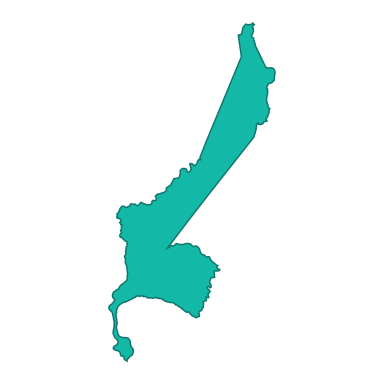 the district of Sambaíba, Maranhão, Brazil
{"feature_id": "56859067B71458423311280", "entity_name": "Sambaíba", "entity_type": "district", "adm_level": 2, "iso_a3": "BRA", "parent_name": "Brazil", "parent_adm1": "Maranhão", "projection": "orthographic", "projection_center": [-45.606, -7.398], "detail": "fine", "context": "isolated", "style": "filled", "palette": "teal", "viewbox_px": 384, "rotation_deg": 0, "n_neighbors": 0, "source": "geoboundaries", "source_scale": "gbopen_adm2", "svg_char_len": 6067}
<svg xmlns="http://www.w3.org/2000/svg" viewBox="0 0 384 384"><path d="M127.1,361.0L127.0,360.1L127.7,359.0L130.2,356.4L131.9,355.2L133.0,353.2L133.3,352.0L133.3,350.3L133.1,349.5L132.7,348.6L131.4,346.9L130.8,345.7L130.2,341.6L129.8,340.5L129.4,339.7L127.8,337.9L125.2,337.6L122.8,337.5L120.3,336.9L119.2,336.1L118.0,334.3L117.7,332.1L117.1,330.9L116.4,327.4L116.5,325.8L117.0,324.8L117.0,323.7L117.3,322.6L116.9,321.6L116.5,320.2L116.7,319.1L116.0,316.7L116.0,315.1L116.0,313.4L116.6,312.5L116.5,311.6L116.5,310.6L116.7,309.8L117.3,308.2L118.2,306.0L118.9,305.6L119.6,304.6L121.0,303.9L121.7,303.3L124.1,302.1L125.3,302.2L126.1,301.5L128.2,300.8L129.2,300.1L130.4,299.5L131.4,299.5L132.2,298.6L133.2,298.1L134.6,297.5L135.6,297.1L135.6,296.3L136.8,296.2L137.7,296.2L138.9,295.8L139.6,296.5L140.3,296.2L142.3,295.5L143.1,296.6L144.5,296.3L145.4,296.5L146.8,297.5L147.8,297.9L150.2,297.9L153.0,298.2L154.3,297.8L156.3,297.5L157.4,298.2L159.8,298.5L160.9,298.3L161.6,299.1L162.8,299.5L164.8,301.0L165.7,301.1L166.8,301.8L168.0,302.0L169.4,302.1L170.9,302.7L171.8,302.4L174.1,303.1L174.9,304.1L175.9,305.0L176.9,305.1L178.0,305.8L178.7,306.6L179.5,306.8L180.4,307.6L181.6,308.2L182.0,309.0L183.5,309.9L184.2,310.6L185.1,311.3L186.0,311.9L187.2,312.3L188.3,311.9L189.7,312.7L190.0,313.8L191.3,314.6L192.0,315.8L193.3,316.1L194.3,316.6L195.0,317.3L196.2,317.7L197.9,316.8L199.3,316.5L199.5,314.6L199.0,313.6L198.9,312.1L199.6,311.3L201.6,310.5L202.0,309.1L203.1,307.5L203.4,306.5L203.4,305.0L203.6,304.0L203.2,301.5L206.2,300.7L206.5,299.7L205.8,297.7L206.2,296.9L207.1,297.5L208.1,297.8L208.9,297.1L208.2,295.6L208.0,294.8L208.3,293.9L210.2,291.3L207.7,288.7L207.1,287.2L207.8,286.6L208.7,286.3L209.2,287.1L210.0,287.8L211.0,287.4L211.1,285.6L210.6,284.1L210.0,283.5L209.6,281.7L210.6,278.8L211.4,277.8L214.6,277.3L214.3,275.8L214.4,274.2L214.1,271.8L214.8,270.8L216.6,271.0L217.5,271.0L219.1,270.6L219.8,269.6L217.7,268.8L216.7,267.5L217.3,266.3L217.8,265.7L216.4,265.0L215.4,264.2L214.3,263.1L213.4,262.8L212.4,261.6L211.3,260.7L209.8,258.0L209.5,257.0L208.5,256.6L207.7,256.9L206.3,257.0L205.5,256.3L204.3,255.0L203.2,254.8L201.8,254.3L201.2,253.3L200.4,252.3L200.1,251.1L199.5,249.2L198.8,248.0L197.7,246.9L196.9,246.3L195.5,246.0L194.5,246.5L193.6,246.5L192.1,245.7L190.6,244.0L189.6,243.9L188.1,243.5L186.6,243.6L185.7,243.5L184.3,244.2L183.0,244.4L182.2,244.6L181.2,244.3L180.3,244.6L179.3,244.3L178.1,244.0L177.0,243.6L175.9,243.8L175.0,245.0L173.2,245.8L171.9,246.0L171.2,245.6L170.1,245.8L169.6,246.8L168.5,247.7L167.3,248.2L189.2,219.5L203.7,200.8L207.7,195.6L254.0,136.9L254.6,134.2L255.0,133.5L255.4,132.5L255.3,131.5L255.7,130.9L256.2,128.7L256.5,126.3L256.4,125.2L256.6,124.0L258.2,123.1L258.3,124.1L259.2,124.5L260.2,124.6L262.6,123.9L264.2,121.7L265.5,121.3L267.0,121.1L266.1,119.6L266.6,118.0L267.7,116.6L267.9,115.3L268.5,114.3L268.9,112.6L269.3,111.8L268.9,110.9L269.8,108.7L268.4,107.4L268.0,106.3L267.9,105.0L267.7,104.2L267.0,102.9L267.0,101.6L266.6,100.9L266.6,100.0L266.6,98.9L266.6,97.6L267.0,96.5L267.6,93.5L267.6,89.2L266.9,88.2L266.8,87.1L267.9,84.8L268.6,83.5L270.2,83.2L271.6,82.8L272.8,81.8L273.5,80.8L274.4,80.0L274.4,79.2L274.2,78.2L274.5,76.5L274.4,75.3L274.9,74.4L275.1,72.1L274.2,69.4L273.6,68.9L273.1,68.3L271.8,67.9L270.8,67.9L268.6,68.1L267.2,67.7L266.0,67.8L255.1,45.1L255.1,43.7L254.6,42.9L254.6,41.9L253.7,40.1L253.7,38.3L251.7,36.8L251.7,35.8L251.8,34.9L252.5,34.0L253.0,32.3L253.3,31.6L253.4,30.1L253.5,29.0L253.1,28.0L252.4,27.6L252.4,26.7L253.3,25.5L254.3,24.7L253.5,24.1L252.9,23.0L252.0,24.0L250.4,24.3L249.3,24.8L248.5,24.9L246.8,24.4L245.7,24.2L244.4,25.8L243.1,27.2L242.7,28.4L242.4,30.6L242.0,31.7L241.9,33.2L241.5,34.0L240.8,34.5L238.3,35.2L241.4,56.7L222.2,103.1L206.2,141.6L199.9,157.7L200.2,159.0L200.9,159.6L200.1,159.8L198.8,159.5L198.0,160.5L197.4,161.5L197.2,163.2L196.3,164.3L194.3,165.8L192.5,163.9L190.3,163.4L189.7,164.3L190.6,166.5L190.9,167.9L190.8,170.2L189.6,171.5L188.2,172.3L186.9,171.2L186.9,170.0L186.2,169.1L185.3,168.6L182.8,168.4L181.1,169.4L180.1,170.6L180.3,172.9L179.4,177.2L177.6,178.1L176.5,178.4L174.7,178.5L173.6,178.9L172.7,181.4L171.4,183.4L170.7,185.3L168.2,186.6L166.4,187.9L166.4,190.5L164.4,192.2L159.8,193.7L159.2,194.1L157.6,194.0L156.4,195.3L155.7,195.7L155.3,196.4L156.1,197.5L156.5,198.8L156.0,200.1L155.2,200.5L153.6,200.5L152.6,200.5L152.1,201.2L151.6,203.5L150.5,204.6L148.1,204.8L147.3,205.2L145.6,204.1L143.7,203.8L141.1,202.3L140.0,203.2L138.9,204.7L137.8,205.8L136.8,205.7L135.3,204.2L132.9,204.2L130.9,203.8L130.3,204.4L129.9,205.8L127.8,206.8L126.4,207.3L125.2,207.3L124.0,206.3L122.6,206.2L121.9,206.3L121.2,207.3L120.5,207.9L120.0,208.7L119.9,209.5L119.3,210.2L119.3,211.5L118.6,211.9L118.0,213.3L117.1,213.6L116.9,214.4L117.5,215.8L116.7,216.5L117.3,218.3L118.6,218.4L119.6,218.3L120.4,219.7L121.1,220.7L120.5,221.7L119.6,222.7L120.6,223.5L120.7,224.5L121.9,224.7L121.4,226.3L121.4,227.7L121.5,228.9L121.1,229.7L120.6,230.3L120.7,231.1L121.5,232.3L121.0,233.4L120.1,234.2L119.8,236.2L120.4,237.3L121.7,237.4L123.0,239.0L123.7,239.5L124.4,240.3L125.7,241.1L126.7,241.6L127.3,242.0L126.9,243.8L127.2,244.9L127.1,245.8L126.2,246.8L126.2,247.6L125.9,248.7L125.9,250.4L125.5,251.3L126.0,253.2L125.2,255.5L124.5,256.3L124.8,257.6L125.5,258.4L125.5,260.3L125.2,262.2L125.9,264.3L126.5,265.2L126.8,266.6L127.6,274.7L127.2,276.2L127.2,279.3L126.5,280.6L125.6,281.5L123.6,283.2L121.4,284.7L120.5,285.6L119.5,286.8L118.6,288.8L117.8,289.3L116.6,289.8L115.0,291.3L113.5,292.1L112.5,294.9L112.4,295.8L112.8,297.5L114.5,298.9L114.5,300.2L114.1,301.2L113.5,302.2L111.7,304.1L110.3,305.1L109.4,305.8L109.1,306.7L108.9,308.4L109.4,309.5L110.6,310.8L111.8,311.7L112.7,314.0L113.3,317.1L113.7,320.0L114.2,321.8L114.2,323.4L114.1,326.4L113.1,332.1L113.2,333.8L114.4,336.7L117.5,340.3L118.0,341.3L118.0,342.7L117.2,344.3L116.8,344.9L115.6,345.4L114.3,346.2L113.3,347.8L113.3,348.6L114.4,349.7L115.6,350.3L117.9,350.7L119.9,352.2L120.3,353.2L120.7,355.6L121.4,356.0L123.0,356.0L123.8,357.1L124.3,359.1L125.4,360.2L127.1,361.0Z" fill="#14b8a6" stroke="#0f766e" stroke-width="1.5"/></svg>